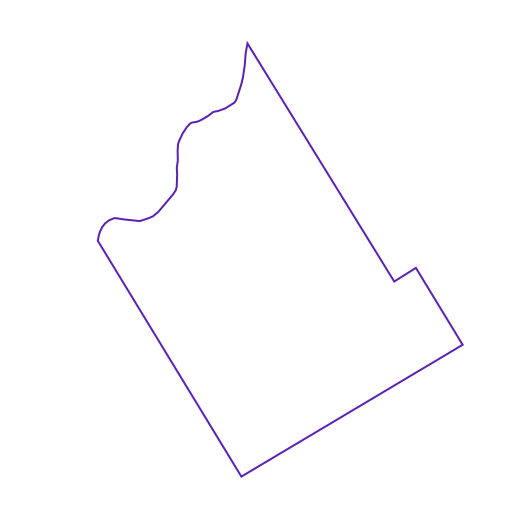 Marion, Missouri, United States of America, rotated 238°
{"feature_id": "52423323B24545032731493", "entity_name": "Marion", "entity_type": "district", "adm_level": 2, "iso_a3": "USA", "parent_name": "United States of America", "parent_adm1": "Missouri", "projection": "orthographic", "projection_center": [-91.436, 39.803], "detail": "fine", "context": "isolated", "style": "outline", "palette": "violet", "viewbox_px": 512, "rotation_deg": 238, "n_neighbors": 0, "source": "geoboundaries", "source_scale": "gbopen_adm2", "svg_char_len": 703}
<svg xmlns="http://www.w3.org/2000/svg" viewBox="0 0 512 512"><g transform="rotate(238 256 256)"><path d="M71.2,384.2L161.2,385.3L161.1,359.7L440.8,361.4L433.2,354.5L423.8,347.6L414.4,339.6L409.3,334.4L399.0,322.2L397.5,319.1L397.5,307.9L399.2,300.1L400.1,298.2L400.8,295.8L400.2,290.2L400.4,281.4L401.0,277.4L403.1,272.3L403.2,270.1L401.9,265.5L398.8,258.7L393.9,251.2L392.0,249.0L386.6,245.2L378.4,240.3L372.7,235.5L367.0,232.4L356.8,225.5L354.4,223.0L352.3,218.6L345.2,196.5L344.3,189.8L344.9,185.2L347.2,175.9L357.1,163.3L362.6,156.9L363.3,155.5L364.1,150.5L363.7,145.5L362.0,140.8L359.3,136.6L357.1,133.9L352.7,129.9L76.7,126.7L71.2,384.2Z" fill="none" stroke="#5b21b6" stroke-width="2"/></g></svg>